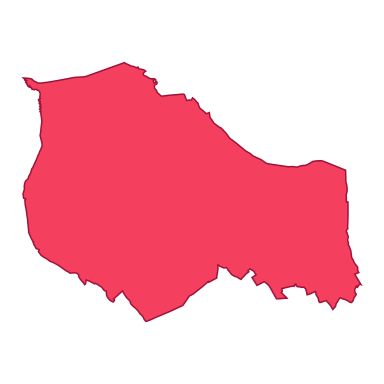 Spinus, Bihor, Romania
{"feature_id": "2599482B16255250220443", "entity_name": "Spinus", "entity_type": "district", "adm_level": 2, "iso_a3": "ROU", "parent_name": "Romania", "parent_adm1": "Bihor", "projection": "mercator", "projection_center": [22.193, 47.203], "detail": "fine", "context": "isolated", "style": "filled", "palette": "rose", "viewbox_px": 384, "rotation_deg": 0, "n_neighbors": 0, "source": "geoboundaries", "source_scale": "gbopen_adm2", "svg_char_len": 5738}
<svg xmlns="http://www.w3.org/2000/svg" viewBox="0 0 384 384"><path d="M358.8,272.6L357.8,270.8L357.6,267.0L354.5,263.2L352.8,259.3L351.7,257.6L350.7,250.0L350.0,248.5L349.4,246.8L348.3,244.7L348.5,243.3L347.5,239.8L348.3,237.0L347.9,235.5L347.3,234.0L346.9,232.4L346.4,232.0L346.5,230.1L347.8,228.7L347.6,226.2L347.8,222.7L348.0,214.6L348.0,204.8L347.9,201.9L346.5,202.1L346.4,200.7L346.4,199.6L346.3,198.3L346.1,194.7L346.7,193.2L347.1,191.2L347.1,188.4L346.7,184.8L345.9,182.3L345.6,170.2L323.6,161.3L321.4,160.7L316.4,160.9L312.9,161.4L308.8,163.9L305.9,165.2L304.2,165.5L303.1,165.4L300.1,166.0L298.5,166.7L296.7,167.1L295.4,167.0L292.5,166.5L288.3,166.8L269.5,164.0L266.3,163.3L261.5,159.9L253.2,156.0L250.0,153.4L245.6,150.9L236.6,143.4L229.7,138.2L226.2,133.4L221.1,128.0L219.5,127.4L213.8,123.1L211.7,119.6L210.2,117.8L209.3,112.6L208.3,113.1L207.8,113.1L206.1,113.7L205.8,113.4L205.7,113.1L204.4,111.9L200.4,108.6L199.5,107.6L198.9,106.2L198.2,103.7L197.8,102.9L197.5,102.6L197.2,102.7L194.6,99.4L192.5,97.9L191.5,99.9L191.1,100.1L189.2,100.0L187.7,100.2L186.6,100.5L184.4,94.5L183.0,94.1L168.8,95.3L161.6,96.2L160.7,95.6L157.4,92.7L156.5,90.4L154.6,88.3L154.6,87.6L154.3,85.6L155.6,84.5L156.6,84.1L157.0,83.6L157.1,83.0L156.9,81.9L156.6,81.5L156.2,81.3L155.8,81.4L154.4,83.1L154.0,83.0L153.6,82.5L153.3,81.2L153.3,80.5L153.8,80.1L154.4,79.9L155.5,80.1L155.7,79.9L155.6,79.5L154.8,79.0L153.9,78.7L151.2,78.8L149.6,78.3L147.8,77.3L146.1,76.2L144.3,75.7L143.3,74.5L143.4,73.6L143.7,72.9L144.5,72.0L145.7,71.2L144.3,70.1L143.4,69.7L139.0,68.8L138.3,68.4L138.1,68.1L138.3,67.5L138.0,67.1L137.4,67.2L136.3,67.7L133.7,66.5L131.6,66.2L128.0,64.5L125.8,63.6L124.5,62.6L85.8,76.5L83.0,76.9L74.6,77.4L59.7,80.2L48.5,82.1L40.9,83.1L38.2,83.0L35.8,82.0L33.8,80.9L31.9,79.1L31.1,78.8L28.0,78.3L23.4,78.0L23.9,78.5L24.7,78.7L24.6,79.8L24.9,80.3L25.1,80.3L25.4,79.5L25.9,79.6L25.9,80.0L25.5,80.7L25.7,80.9L26.6,80.9L25.8,82.3L26.3,82.4L26.8,83.1L26.5,83.4L26.8,84.1L27.5,84.4L27.6,85.0L27.5,85.7L27.8,86.0L28.7,86.6L29.4,85.8L29.8,85.8L30.0,86.0L30.0,86.4L29.4,87.1L30.3,87.5L31.2,87.5L31.5,88.0L31.8,89.0L32.0,89.3L32.3,89.4L33.5,89.3L34.0,89.8L34.4,89.7L35.2,89.4L36.1,89.4L37.5,90.3L38.2,90.4L38.9,90.9L39.3,91.3L39.7,92.0L40.0,93.0L40.2,94.2L40.2,94.8L39.9,96.1L39.9,97.1L40.0,98.1L40.4,98.5L40.2,98.6L39.7,98.5L39.5,99.2L39.3,99.5L38.5,99.5L38.5,99.8L39.2,100.2L39.2,100.5L38.9,100.9L38.9,101.2L39.4,101.4L39.8,101.2L40.1,101.1L40.3,101.4L40.2,102.2L39.8,102.0L39.4,102.1L39.5,102.8L39.9,102.9L39.9,103.4L39.8,103.8L39.8,104.0L39.7,104.0L39.9,104.2L40.5,104.0L40.7,104.7L40.0,105.1L40.0,105.6L40.6,105.8L40.6,106.0L39.8,106.7L39.7,106.8L40.3,107.2L40.5,107.3L40.8,107.1L41.0,107.4L41.0,107.8L40.2,108.2L39.8,108.8L39.7,109.1L40.2,109.1L40.4,110.0L40.3,110.5L40.4,110.4L40.3,111.0L40.0,111.4L40.1,111.5L40.9,111.4L40.8,112.2L40.8,113.1L40.9,114.2L41.1,115.2L41.8,120.8L41.8,122.2L41.5,124.0L40.7,131.6L40.1,135.6L41.9,142.8L42.1,144.4L42.0,146.0L40.7,149.6L39.8,151.3L39.3,152.6L39.1,153.5L38.4,154.6L35.9,160.8L33.5,165.8L32.8,167.7L32.1,168.4L31.4,169.9L31.4,170.5L30.9,172.0L30.7,172.5L30.7,173.0L30.1,173.8L30.0,174.3L28.7,176.3L28.2,178.6L26.1,180.6L25.5,181.2L24.6,183.7L24.2,187.0L24.5,188.5L23.8,191.3L23.0,193.8L23.5,197.8L24.0,198.5L25.1,198.5L25.6,198.8L25.7,199.3L24.9,200.1L25.0,202.2L25.3,205.4L26.2,209.7L26.9,214.9L27.4,218.0L28.8,232.7L30.9,237.7L32.9,241.5L33.4,241.6L33.5,242.2L33.2,242.6L33.9,244.5L36.3,248.8L37.0,248.7L37.8,249.0L39.1,249.8L38.9,250.4L38.4,251.7L41.3,255.5L44.8,257.8L46.0,258.3L50.0,261.3L53.2,262.5L57.5,264.8L61.0,267.1L63.4,268.9L66.6,271.1L68.0,271.7L69.8,273.1L75.2,272.8L76.8,273.3L78.4,274.4L79.0,277.2L80.3,279.2L81.7,280.9L84.0,283.5L84.6,284.6L85.6,283.9L85.9,281.2L86.3,280.0L89.8,281.3L91.5,282.3L94.8,283.9L95.6,283.3L101.5,287.0L102.4,288.1L103.6,289.8L105.0,290.9L106.3,291.2L106.5,294.5L107.3,297.0L108.6,298.8L110.3,300.5L112.4,301.7L113.2,302.0L113.9,301.3L114.3,300.6L114.5,299.8L113.6,299.0L122.4,291.0L124.3,294.2L125.8,296.5L127.3,298.4L129.6,300.6L130.3,301.8L130.3,302.4L130.7,303.6L131.3,304.5L133.6,306.7L136.0,308.7L138.4,311.3L139.3,312.8L139.9,313.7L141.0,314.6L143.0,316.8L144.3,319.6L145.6,321.1L146.4,321.4L151.1,319.6L153.9,318.2L170.5,311.2L182.9,305.4L189.3,296.1L193.2,294.0L201.0,287.8L207.5,282.3L208.6,281.6L208.9,282.2L216.7,278.0L216.9,275.5L217.7,270.9L218.0,268.4L217.9,266.7L217.6,265.4L217.9,264.8L218.7,265.3L219.8,266.2L223.1,267.7L223.8,267.9L225.0,267.9L226.4,267.6L226.9,267.8L227.5,269.2L228.0,270.0L230.2,272.5L230.6,273.4L231.2,274.1L231.9,274.7L234.6,276.3L236.1,276.8L237.2,276.9L239.0,278.4L241.2,279.4L241.9,278.3L246.1,273.9L248.8,271.8L247.9,270.7L250.0,269.0L252.0,270.1L253.6,271.1L254.4,271.9L254.4,272.4L256.1,274.8L252.0,277.5L257.0,285.4L264.2,281.7L266.5,283.3L268.8,285.5L269.5,286.4L276.5,298.9L287.0,298.2L286.2,297.3L281.3,292.6L281.7,292.2L282.2,291.4L282.1,289.6L281.8,288.6L292.0,286.2L294.4,286.2L294.8,284.9L295.4,284.0L295.7,284.0L296.4,285.6L297.3,286.7L299.1,286.7L301.6,287.4L304.1,287.2L305.1,288.4L305.6,288.7L306.3,291.1L306.6,292.5L307.1,294.8L310.1,293.9L312.8,292.6L315.4,291.5L316.0,292.7L315.9,293.1L316.0,294.5L318.2,298.2L318.7,300.9L319.2,302.0L319.8,302.5L320.4,302.5L326.1,300.6L330.6,305.6L331.8,307.9L332.9,309.5L333.7,308.4L335.0,307.1L335.5,306.4L335.7,305.9L335.8,305.0L336.1,304.0L336.6,303.1L339.7,298.0L341.3,298.2L342.3,298.8L345.3,299.6L347.9,300.9L350.0,302.3L351.1,302.6L352.2,301.9L353.1,300.7L353.7,298.5L354.5,297.0L355.9,295.1L356.3,294.0L355.3,293.2L354.7,290.7L354.6,290.0L355.6,287.7L355.7,287.3L356.4,287.1L357.0,287.2L356.4,286.4L356.5,286.0L357.8,286.4L358.2,286.3L359.3,284.4L359.9,284.2L361.0,284.6L354.7,274.1L358.8,272.6Z" fill="#f43f5e" stroke="#9f1239" stroke-width="1.5"/></svg>